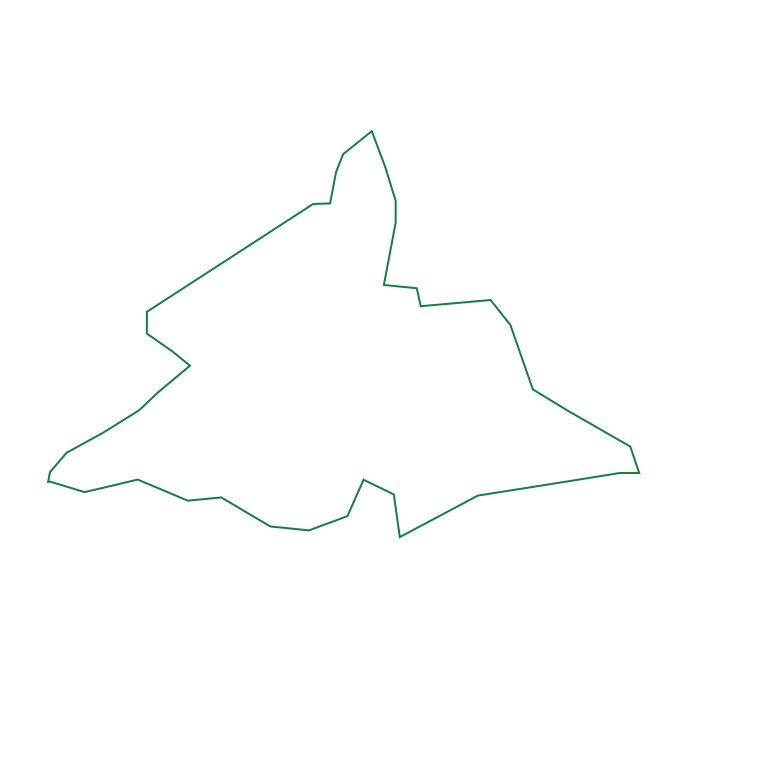 outline of Chrysochou, Paphos, Cyprus, rotated 204°
{"feature_id": "46923920B43074959390545", "entity_name": "Chrysochou", "entity_type": "district", "adm_level": 2, "iso_a3": "CYP", "parent_name": "Cyprus", "parent_adm1": "Paphos", "projection": "natural_earth1", "projection_center": [32.444, 35.0], "detail": "fine", "context": "isolated", "style": "outline", "palette": "green", "viewbox_px": 768, "rotation_deg": 204, "n_neighbors": 0, "source": "geoboundaries", "source_scale": "gbopen_adm2", "svg_char_len": 670}
<svg xmlns="http://www.w3.org/2000/svg" viewBox="0 0 768 768"><g transform="rotate(204 384 384)"><path d="M114.7,406.5L133.5,427.0L205.7,434.4L245.8,439.6L292.4,489.2L320.8,504.1L382.1,470.0L393.0,484.8L424.4,474.4L438.9,535.9L447.7,555.9L471.0,582.6L498.0,610.0L514.8,577.4L514.0,558.2L506.7,527.0L522.0,519.6L629.9,353.6L621.2,333.6L590.6,327.7L568.7,321.8L586.9,284.7L597.1,260.3L621.2,224.7L646.0,192.1L653.3,167.6L651.0,158.0L649.4,159.0L613.6,163.4L570.1,196.5L515.8,197.6L486.5,214.2L430.0,207.6L393.1,219.7L363.7,248.4L363.7,288.2L330.1,287.1L307.3,250.6L252.9,320.2L174.7,371.0L132.4,398.6L114.7,406.5Z" fill="none" stroke="#15803d" stroke-width="2"/></g></svg>